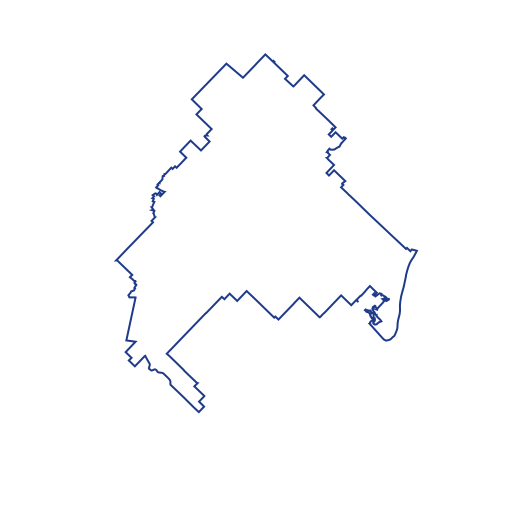 outline of Etchojoa, Sonora, Mexico, rotated 224°
{"feature_id": "50627088B76795265629930", "entity_name": "Etchojoa", "entity_type": "district", "adm_level": 2, "iso_a3": "MEX", "parent_name": "Mexico", "parent_adm1": "Sonora", "projection": "natural_earth1", "projection_center": [-109.755, 27.044], "detail": "fine", "context": "isolated", "style": "outline", "palette": "blue", "viewbox_px": 512, "rotation_deg": 224, "n_neighbors": 0, "source": "geoboundaries", "source_scale": "gbopen_adm2", "svg_char_len": 6018}
<svg xmlns="http://www.w3.org/2000/svg" viewBox="0 0 512 512"><g transform="rotate(224 256 256)"><path d="M346.9,419.5L346.8,404.0L346.9,403.9L358.2,403.6L358.2,407.6L377.6,407.6L377.6,408.5L378.6,408.5L378.4,408.1L378.4,407.6L389.3,407.5L389.3,396.2L389.2,391.7L389.2,375.2L410.9,373.8L411.0,324.1L397.2,324.0L397.2,316.5L376.1,316.5L376.1,308.8L376.0,309.0L374.7,308.9L376.0,307.7L376.3,306.9L376.3,306.6L376.2,306.4L376.1,306.2L368.9,306.1L368.9,293.7L383.2,293.6L383.2,285.2L383.1,278.3L374.4,278.3L374.5,275.6L374.4,275.5L374.4,264.3L376.5,264.3L376.5,260.7L378.3,260.7L378.1,252.2L378.8,251.3L377.7,249.8L378.6,248.7L376.5,246.0L376.5,242.9L376.4,242.9L376.4,242.3L376.5,242.0L376.5,241.5L376.3,241.4L376.5,241.3L376.5,239.1L375.5,239.1L375.5,236.8L375.3,236.8L375.3,235.9L374.1,236.1L373.6,236.4L370.2,237.1L368.1,237.9L367.6,238.0L367.1,238.2L366.3,238.7L366.3,232.6L367.5,232.6L367.5,234.9L369.8,234.9L369.7,231.1L370.9,231.5L371.2,231.5L371.8,231.2L372.0,230.9L372.1,230.6L372.3,229.5L372.6,228.0L370.7,228.1L370.7,225.6L370.1,225.9L369.6,225.8L369.2,226.0L368.3,223.6L366.7,224.3L366.6,223.8L366.4,223.3L364.6,218.7L364.8,218.5L362.0,218.1L362.7,216.7L360.4,217.8L359.5,215.5L359.3,215.6L355.9,213.7L355.5,213.9L355.5,208.7L353.5,208.7L353.6,171.4L353.5,155.9L353.1,156.4L353.3,156.1L353.1,156.0L352.8,156.3L352.3,156.4L331.9,156.4L332.0,153.2L328.5,153.5L326.5,153.4L325.4,154.2L324.9,154.0L324.9,152.5L324.6,152.1L323.9,151.9L322.3,152.3L321.9,152.0L321.8,150.5L321.3,148.6L320.4,148.6L320.3,147.6L319.8,146.6L321.2,143.7L320.7,142.3L320.5,139.1L318.5,138.4L318.4,138.6L318.1,138.5L314.3,142.2L313.8,142.5L290.6,105.2L283.1,110.7L283.0,96.3L274.8,96.3L274.9,92.5L266.5,92.5L266.5,106.9L266.3,107.3L265.8,107.0L257.5,104.5L256.9,104.1L256.4,103.4L255.3,101.1L255.0,100.8L254.4,100.6L252.1,100.9L251.8,101.0L251.4,101.2L251.2,101.6L250.6,103.2L250.4,103.7L250.0,104.2L249.6,104.4L248.9,104.7L248.4,104.7L246.2,104.3L245.6,104.4L245.2,104.6L242.4,106.7L241.3,107.1L241.0,107.2L234.0,107.2L231.4,106.9L230.1,105.9L228.1,104.0L209.8,104.1L195.8,103.9L188.7,104.0L188.7,111.6L195.8,111.7L195.8,118.0L195.9,119.4L209.8,119.4L209.7,123.9L210.0,123.7L220.7,123.6L228.0,123.6L228.6,123.8L248.6,123.9L252.3,123.7L252.4,180.0L252.2,180.3L252.2,202.9L248.7,203.0L248.8,210.6L238.3,210.6L238.4,224.3L227.1,224.4L224.2,224.4L200.1,224.3L200.0,225.9L195.7,225.9L195.7,248.6L195.8,248.7L195.8,256.2L167.7,256.1L167.6,256.4L167.4,256.6L167.5,260.2L167.3,263.9L167.4,286.8L153.3,286.8L153.3,293.8L150.4,294.0L153.2,294.3L153.2,299.9L152.8,300.2L152.8,304.9L153.1,308.7L153.2,313.5L143.7,313.5L143.7,310.7L145.0,311.2L145.0,309.4L144.0,309.5L144.0,309.9L142.0,309.9L141.2,315.0L139.6,315.8L139.5,315.4L138.9,314.9L138.6,314.7L138.3,314.7L138.1,315.2L137.7,315.7L136.9,316.1L136.1,316.1L134.5,316.6L134.3,316.6L134.3,316.3L134.6,316.1L134.7,315.8L134.5,315.5L134.3,315.3L133.8,315.3L133.7,315.4L133.7,315.8L133.3,315.8L133.1,316.0L132.5,316.0L132.3,316.2L132.4,316.5L131.1,316.6L130.9,317.2L130.7,317.4L130.3,317.2L130.2,316.9L130.4,316.1L130.7,314.9L131.1,314.0L131.3,314.0L132.8,314.7L133.1,314.6L133.4,314.3L133.9,314.3L134.3,314.4L134.5,314.0L134.6,313.4L135.0,312.9L133.9,312.9L133.6,313.2L133.2,313.3L132.9,313.3L132.7,313.0L132.4,312.0L132.5,311.6L132.3,310.4L132.2,303.3L132.0,302.1L131.8,301.6L131.7,301.5L131.9,301.4L131.8,301.6L132.0,301.7L132.1,301.9L132.4,302.1L132.7,301.9L133.0,302.3L133.3,302.2L134.1,302.3L134.8,301.9L135.2,302.4L134.9,302.7L134.8,303.1L135.2,302.6L135.4,302.9L136.0,302.8L136.1,302.6L136.1,302.2L135.9,302.2L135.6,302.0L135.6,301.8L135.5,301.7L135.4,301.5L135.2,301.3L134.9,301.3L134.9,301.2L135.0,301.1L135.8,301.0L136.1,300.6L136.4,300.6L136.4,300.2L136.1,299.9L135.9,300.0L135.4,299.8L135.2,299.9L135.0,299.7L135.5,299.0L133.5,297.9L132.1,297.9L128.3,296.7L128.1,297.2L127.8,296.9L126.3,296.4L125.9,296.4L125.6,296.5L121.9,296.4L120.8,296.2L120.4,296.1L121.5,293.8L121.7,292.1L121.8,291.9L121.8,291.6L121.7,291.3L121.7,291.0L121.9,290.7L122.1,290.1L122.7,289.4L122.9,289.3L123.2,289.4L124.2,288.9L124.6,288.9L124.9,289.1L125.5,289.6L125.6,289.8L125.4,290.2L125.4,291.0L125.6,291.9L126.1,292.7L126.8,293.3L127.4,293.4L127.5,293.7L128.6,293.5L129.8,294.5L130.8,295.8L132.5,296.4L133.0,294.9L135.7,296.4L136.1,296.1L136.5,295.1L136.9,294.9L137.0,294.7L137.3,294.9L137.6,294.7L138.8,294.0L138.9,293.8L139.6,293.5L139.9,293.6L140.0,292.7L139.4,292.7L138.9,292.9L138.7,292.8L138.4,292.8L138.0,292.6L137.5,292.7L136.7,293.2L136.3,293.7L136.0,293.8L135.5,293.6L134.3,293.6L132.3,292.5L132.1,292.4L131.8,292.5L131.6,292.4L131.1,292.1L130.8,292.2L130.3,291.9L129.6,291.7L129.3,292.1L128.5,291.9L128.3,291.5L127.3,291.5L126.7,291.4L126.8,291.0L127.2,290.6L127.8,289.4L128.0,288.9L127.8,287.2L127.3,286.8L127.1,286.9L126.7,286.6L126.7,286.4L126.9,286.2L106.2,284.7L106.0,284.8L105.9,284.9L105.3,285.0L104.3,285.2L103.3,285.9L102.0,288.1L101.5,289.0L101.3,290.3L101.3,292.6L101.0,294.3L101.1,295.1L101.4,296.0L102.8,299.6L103.4,300.8L104.1,302.1L105.1,303.4L107.0,305.5L107.9,306.7L109.0,308.2L112.4,314.1L114.6,316.9L118.2,320.5L120.3,323.1L123.5,327.7L125.6,331.4L128.3,336.4L134.0,345.5L134.7,346.3L137.2,350.7L139.0,354.3L140.3,357.4L141.1,360.0L141.7,363.2L142.0,364.9L143.6,370.7L143.9,371.5L148.5,368.9L148.3,366.7L153.0,366.7L153.0,365.3L172.7,365.0L203.5,364.6L221.4,364.7L230.9,364.6L231.1,364.5L234.3,364.6L242.5,364.5L242.5,367.8L244.2,367.7L244.4,368.0L243.8,371.9L259.4,371.9L259.4,364.6L263.0,364.7L263.1,375.7L270.5,375.6L273.0,375.8L272.9,375.9L273.0,380.1L276.3,380.1L276.4,380.5L276.8,380.3L277.2,380.0L277.6,382.0L277.7,384.2L276.3,384.3L275.0,385.4L273.6,387.0L273.1,389.2L272.3,392.1L271.9,392.5L272.4,394.4L272.5,394.5L272.7,395.1L272.8,396.3L273.0,396.5L272.9,397.1L273.1,403.0L274.3,402.9L274.3,402.3L275.4,402.3L275.5,400.3L284.7,400.3L284.7,394.0L288.1,394.0L288.1,399.6L289.7,399.6L289.7,400.9L288.1,400.9L288.1,403.8L297.6,403.9L309.9,403.8L315.2,403.7L315.5,404.1L319.3,404.3L319.4,414.9L319.3,419.4L346.9,419.5Z" fill="none" stroke="#1e3a8a" stroke-width="2"/></g></svg>